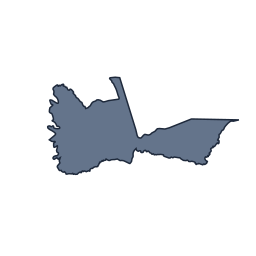 the district of Santa Fe, Ocotepeque, Honduras, rotated 219°
{"feature_id": "27666195B70826657437169", "entity_name": "Santa Fe", "entity_type": "district", "adm_level": 2, "iso_a3": "HND", "parent_name": "Honduras", "parent_adm1": "Ocotepeque", "projection": "albers", "projection_center": [-89.282, 14.484], "detail": "fine", "context": "isolated", "style": "filled", "palette": "slate", "viewbox_px": 256, "rotation_deg": 219, "n_neighbors": 0, "source": "geoboundaries", "source_scale": "gbopen_adm2", "svg_char_len": 5822}
<svg xmlns="http://www.w3.org/2000/svg" viewBox="0 0 256 256"><g transform="rotate(219 128 128)"><path d="M173.5,155.8L173.6,155.3L173.4,154.9L173.1,154.8L172.5,154.6L170.5,154.5L169.4,153.6L167.0,153.3L165.5,152.5L162.2,151.0L160.0,149.7L156.2,147.1L154.1,146.0L153.6,145.5L153.4,144.8L153.4,144.5L153.8,144.1L160.3,137.1L162.6,133.8L163.8,132.6L167.1,132.1L168.9,131.2L169.8,130.3L170.0,129.9L170.1,128.7L171.3,126.8L171.7,125.8L171.8,124.4L171.3,121.5L171.7,120.2L171.8,118.7L173.1,116.5L175.0,117.6L175.3,117.5L176.0,117.0L176.9,117.2L178.1,117.7L179.5,118.6L180.0,118.8L181.8,118.5L184.9,119.3L185.8,119.4L186.9,119.2L187.7,119.3L188.6,119.6L189.1,120.1L192.4,120.5L192.7,120.8L192.7,121.3L192.9,121.6L194.4,122.0L196.2,122.2L197.1,122.0L197.5,121.5L197.3,120.9L197.4,120.5L197.9,120.1L198.4,119.9L199.5,120.2L201.3,121.1L201.5,121.0L201.7,120.6L201.9,120.4L202.3,120.4L203.0,120.6L203.4,120.7L204.3,120.1L204.8,120.0L205.2,120.3L205.2,121.1L205.7,121.3L206.2,120.9L206.6,120.3L207.0,119.2L207.1,118.2L207.3,118.1L207.9,118.2L208.3,117.8L208.4,117.5L208.2,117.0L208.4,116.6L208.9,116.5L209.4,117.0L209.7,117.1L210.0,117.0L210.4,116.4L211.1,113.7L211.3,112.5L211.3,112.0L211.0,111.4L210.6,110.9L209.2,110.3L208.5,109.7L207.9,108.9L207.4,107.9L206.9,107.3L205.4,106.9L202.9,106.8L201.3,106.4L199.6,105.4L198.8,104.7L198.1,103.9L198.0,103.5L198.0,103.1L198.9,102.5L204.6,101.7L205.8,101.1L206.2,100.7L206.0,100.1L205.4,99.7L203.1,98.3L202.3,98.2L201.3,98.7L200.9,98.5L200.8,98.1L201.4,94.5L200.4,92.6L199.4,91.2L198.9,90.9L197.9,90.8L197.4,90.9L196.7,91.2L196.4,91.2L195.6,90.9L194.2,90.1L192.4,88.8L191.3,87.7L191.2,87.1L191.6,86.4L191.6,86.1L191.4,85.9L190.9,85.9L189.8,86.2L188.2,86.3L186.1,85.6L184.8,84.9L184.3,84.7L183.9,84.8L183.4,85.4L182.9,85.6L181.8,85.6L181.1,85.2L181.0,84.7L181.2,84.2L182.2,83.2L183.4,82.3L184.6,81.7L185.6,81.4L186.1,81.7L186.8,82.4L187.1,82.5L187.5,82.5L187.9,82.1L188.0,81.3L188.3,80.9L188.8,80.6L189.7,80.5L190.2,80.3L190.9,79.6L191.3,78.8L191.2,78.4L190.7,77.9L190.3,77.6L189.4,77.5L188.2,77.5L185.6,78.0L183.0,78.3L181.3,78.2L180.6,77.9L180.3,77.2L180.4,75.9L181.7,69.3L178.9,69.6L177.4,70.5L176.6,71.4L176.1,71.5L175.8,71.3L175.8,71.1L176.2,70.0L176.0,69.1L174.7,67.5L173.9,66.8L173.4,66.5L173.0,66.7L172.6,67.5L172.2,68.4L172.0,69.4L171.8,69.7L171.5,69.6L170.5,68.1L169.7,66.1L169.3,65.5L168.0,64.6L167.5,64.6L166.9,64.9L166.4,64.8L166.1,64.5L165.7,63.9L165.5,62.9L165.6,62.1L166.9,60.6L167.5,59.6L167.7,58.9L167.6,57.8L167.3,57.4L166.9,57.1L166.1,57.0L165.6,57.3L164.6,60.1L163.5,59.9L162.6,59.9L162.4,60.0L162.3,60.3L162.4,61.2L162.0,62.3L160.9,59.4L159.8,58.5L158.9,58.0L159.0,54.4L158.8,53.7L158.4,53.2L155.0,51.9L154.2,52.0L153.2,53.0L152.3,52.6L150.8,52.8L150.0,53.4L149.9,53.9L149.8,54.1L147.7,53.7L147.3,53.3L147.0,53.3L146.3,53.9L145.2,55.3L142.9,56.9L142.5,57.9L142.2,58.0L141.7,57.6L141.4,57.6L141.1,57.9L140.9,58.5L139.8,58.8L138.4,60.1L138.3,60.4L138.3,61.1L138.1,62.0L137.6,63.4L137.2,63.8L136.6,63.6L136.2,64.0L136.2,64.6L136.6,65.2L136.4,65.8L136.1,66.1L135.3,66.1L135.1,66.4L135.0,67.0L134.5,67.3L133.8,67.6L133.0,67.7L131.7,70.0L130.8,70.2L130.6,70.4L130.6,70.9L131.1,71.2L131.4,71.6L131.3,72.8L131.0,73.6L130.1,74.3L130.0,75.6L129.4,76.8L129.0,77.4L127.9,78.2L127.3,79.0L127.3,79.3L127.7,79.8L127.6,81.0L128.1,82.0L127.9,82.9L128.1,83.1L128.4,83.3L128.5,83.5L128.4,83.8L127.8,84.3L127.6,85.0L127.4,85.6L127.6,86.1L127.6,86.4L127.4,86.5L127.0,86.3L126.6,86.4L126.5,86.7L126.8,87.2L126.8,87.5L125.8,88.0L125.2,88.9L125.1,89.3L125.6,89.8L125.5,90.1L123.0,90.5L122.2,90.9L121.7,91.4L121.2,92.6L119.9,93.9L118.6,95.0L116.8,97.2L113.6,97.7L112.6,98.7L111.3,99.6L110.2,100.0L104.8,101.3L104.2,101.6L104.1,102.7L104.2,104.2L105.6,106.7L106.0,108.8L106.5,109.6L107.9,111.2L108.7,112.9L109.0,114.7L108.8,117.1L107.8,116.3L106.7,116.1L105.9,116.2L105.3,116.5L104.7,117.6L104.2,118.0L103.6,118.0L102.7,117.3L102.1,117.4L101.5,117.9L101.1,118.4L101.0,118.8L101.2,119.8L101.2,120.5L100.9,121.1L100.5,121.6L99.8,121.7L99.2,121.3L98.8,121.2L98.3,121.6L98.0,122.5L97.5,122.9L96.8,122.9L95.7,122.5L94.2,122.9L93.0,122.7L92.6,122.9L92.3,123.6L92.0,123.9L91.6,123.9L91.0,123.7L90.7,123.7L90.4,124.0L90.0,124.6L89.1,125.0L88.5,125.9L87.2,126.9L86.1,128.0L83.8,129.4L83.5,129.4L83.2,129.0L82.9,128.8L82.0,128.8L77.2,130.5L76.3,131.4L76.2,132.3L76.0,132.6L75.7,132.8L74.9,132.9L74.5,133.1L74.2,133.5L73.9,134.4L73.6,134.7L70.2,136.6L69.2,137.4L68.7,137.5L67.9,137.3L64.6,137.7L62.3,139.2L62.1,139.8L61.7,140.3L60.9,140.5L60.0,140.2L59.4,140.4L58.5,141.1L57.5,142.3L55.4,143.3L54.1,143.5L53.9,143.4L53.6,142.9L52.8,143.0L52.4,142.6L52.1,142.6L51.8,143.5L50.9,144.2L50.7,145.0L46.8,146.4L46.6,146.7L46.7,147.3L46.5,147.7L46.2,147.9L45.6,147.9L45.4,148.0L44.7,150.0L45.3,150.8L45.3,151.1L45.0,151.5L45.1,151.8L45.6,152.0L46.4,151.8L47.1,151.7L48.5,152.2L49.2,152.8L49.6,153.8L49.6,154.3L48.8,154.6L47.7,156.4L47.9,156.6L48.2,156.4L48.5,156.4L48.6,156.8L48.5,157.1L47.9,157.8L47.8,158.9L48.1,159.5L48.4,159.5L48.9,159.4L49.1,159.7L48.8,161.6L48.9,162.4L49.6,163.2L50.5,163.6L50.7,164.2L50.3,165.3L49.6,166.3L49.7,166.7L50.3,166.9L50.4,167.3L50.1,167.5L49.5,167.5L49.1,168.3L49.3,171.2L49.2,172.5L48.9,172.8L48.4,172.5L48.1,172.5L47.9,172.8L47.8,173.2L48.3,174.3L49.2,175.3L49.8,175.5L50.4,175.0L50.8,175.1L51.3,178.1L53.1,180.2L53.1,180.6L52.8,181.3L52.8,181.8L53.4,185.3L53.3,185.6L52.9,186.1L52.8,186.6L52.9,187.6L53.4,189.1L53.5,191.0L53.3,194.5L52.8,197.1L52.0,198.5L50.3,199.7L46.9,204.1L84.4,174.9L96.0,154.2L98.6,150.5L103.2,147.4L104.7,145.9L104.9,144.8L104.9,143.6L105.0,142.3L106.4,139.0L106.5,137.8L106.8,136.7L107.3,135.9L107.9,135.2L110.5,133.9L111.0,133.5L111.2,132.9L111.4,132.0L111.5,129.5L111.6,128.6L112.2,127.9L113.2,127.4L113.8,127.2L114.5,127.2L116.1,127.9L120.9,131.6L166.1,161.9L169.9,159.4L173.5,155.8Z" fill="#64748b" stroke="#1e293b" stroke-width="1.5"/></g></svg>